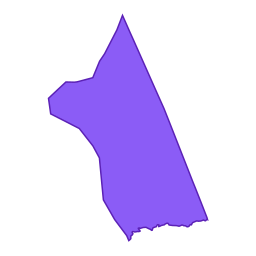 Buram, Southern Darfur, Sudan (orthographic projection)
{"feature_id": "16777658B28433170293690", "entity_name": "Buram", "entity_type": "district", "adm_level": 2, "iso_a3": "SDN", "parent_name": "Sudan", "parent_adm1": "Southern Darfur", "projection": "orthographic", "projection_center": [25.179, 10.759], "detail": "fine", "context": "isolated", "style": "filled", "palette": "violet", "viewbox_px": 256, "rotation_deg": 0, "n_neighbors": 0, "source": "geoboundaries", "source_scale": "gbopen_adm2", "svg_char_len": 1399}
<svg xmlns="http://www.w3.org/2000/svg" viewBox="0 0 256 256"><path d="M128.8,240.6L129.9,239.7L130.8,238.7L130.8,236.5L131.1,235.7L132.2,235.0L132.9,233.8L132.2,232.7L132.1,232.1L132.6,231.6L134.0,231.7L134.8,232.0L137.6,231.5L138.9,231.6L140.0,231.2L139.9,230.5L138.7,229.3L138.3,228.3L139.1,227.9L140.1,228.4L141.4,228.0L143.1,227.5L144.4,227.4L146.0,227.3L148.8,228.7L150.5,229.4L151.5,230.3L152.3,230.1L152.4,229.5L152.7,228.5L153.2,227.7L156.4,226.6L157.0,225.3L157.7,224.7L158.8,224.9L158.8,226.5L159.8,226.3L160.8,225.7L162.0,225.3L163.2,225.0L164.1,224.9L165.2,224.0L166.7,223.3L167.9,223.3L168.7,224.3L169.1,225.0L172.7,225.5L176.3,225.6L177.8,225.9L179.1,226.2L180.4,225.7L181.9,225.0L182.8,225.2L184.0,225.8L185.1,225.7L185.7,225.9L186.6,226.6L187.5,226.8L188.6,226.5L189.3,225.9L189.8,225.1L190.3,224.6L191.2,224.9L191.6,224.6L192.0,223.5L192.7,222.6L196.7,220.9L198.4,221.2L200.8,221.0L202.7,220.3L203.6,220.0L204.9,220.7L205.6,220.7L206.6,219.7L206.9,219.3L207.5,219.6L207.4,219.2L207.0,217.7L201.0,202.3L195.3,187.9L192.9,182.0L170.9,126.0L164.0,108.6L157.9,95.0L132.7,38.3L130.2,32.8L122.5,15.4L116.9,29.9L113.7,36.1L104.6,53.8L99.6,61.2L92.8,77.7L76.9,81.9L76.0,82.0L74.3,82.2L65.9,82.0L64.0,83.8L58.4,89.0L48.5,98.3L50.7,113.9L79.3,128.5L92.9,145.9L99.4,157.9L101.3,177.9L103.4,199.9L114.7,219.6L126.7,235.6L128.8,240.6Z" fill="#8b5cf6" stroke="#5b21b6" stroke-width="1.5"/></svg>